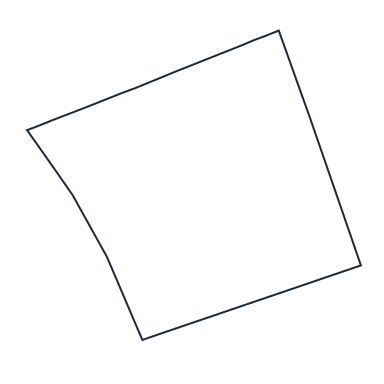 Wayne, Mississippi, United States of America, rotated 251°
{"feature_id": "52423323B18579387327768", "entity_name": "Wayne", "entity_type": "district", "adm_level": 2, "iso_a3": "USA", "parent_name": "United States of America", "parent_adm1": "Mississippi", "projection": "albers", "projection_center": [-88.616, 31.664], "detail": "fine", "context": "isolated", "style": "outline", "palette": "slate", "viewbox_px": 384, "rotation_deg": 251, "n_neighbors": 0, "source": "geoboundaries", "source_scale": "gbopen_adm2", "svg_char_len": 438}
<svg xmlns="http://www.w3.org/2000/svg" viewBox="0 0 384 384"><g transform="rotate(251 192 192)"><path d="M68.3,96.9L68.3,120.7L67.6,327.8L118.8,327.8L222.6,327.7L316.4,326.6L315.7,312.7L315.4,299.6L314.6,288.6L311.3,216.9L311.2,215.5L308.7,171.9L308.4,157.5L306.5,117.1L305.3,81.5L305.2,81.2L304.5,67.2L304.2,56.2L259.8,69.1L228.0,78.1L158.6,90.4L135.7,92.1L84.8,95.7L68.3,96.9Z" fill="none" stroke="#1e293b" stroke-width="2"/></g></svg>